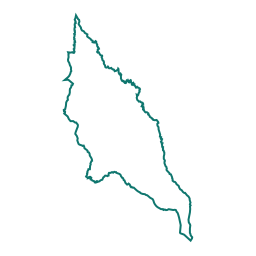 Ramapepe, Leribe, Lesotho (Robinson projection)
{"feature_id": "5366337B9822317619474", "entity_name": "Ramapepe", "entity_type": "district", "adm_level": 2, "iso_a3": "LSO", "parent_name": "Lesotho", "parent_adm1": "Leribe", "projection": "robinson", "projection_center": [28.135, -29.017], "detail": "fine", "context": "isolated", "style": "outline", "palette": "teal", "viewbox_px": 256, "rotation_deg": 0, "n_neighbors": 0, "source": "geoboundaries", "source_scale": "gbopen_adm2", "svg_char_len": 5702}
<svg xmlns="http://www.w3.org/2000/svg" viewBox="0 0 256 256"><path d="M192.2,237.2L191.3,236.2L190.5,234.9L190.5,234.1L189.9,232.9L189.9,228.5L190.3,225.3L190.0,224.4L188.8,222.4L188.5,219.7L189.9,212.5L190.2,208.9L190.0,206.4L190.6,205.3L189.9,204.6L190.2,203.2L190.5,202.7L189.7,200.0L189.6,198.4L188.5,196.5L187.0,195.3L185.1,192.9L184.5,193.0L183.9,192.7L182.9,191.9L181.7,190.2L180.2,189.3L179.3,187.8L178.6,185.8L176.5,184.2L176.3,183.5L175.4,182.3L174.9,181.9L173.8,181.7L172.6,180.7L172.6,179.0L172.2,178.5L172.1,177.3L170.9,174.4L169.6,174.0L169.5,173.2L166.8,170.4L166.5,169.8L166.8,168.5L166.6,168.1L166.4,167.0L165.6,166.2L164.5,163.3L164.5,161.8L164.9,161.0L164.8,160.4L163.8,158.8L163.8,156.5L164.3,154.3L164.3,152.3L163.9,151.8L163.6,150.5L163.0,150.2L162.9,148.7L163.1,148.1L162.5,147.4L162.9,146.9L162.1,146.2L162.1,145.0L161.9,144.5L162.5,143.2L161.4,142.8L161.0,141.7L161.5,141.3L161.7,139.9L162.1,139.1L161.8,138.8L161.0,139.0L160.7,138.4L161.1,137.1L159.9,136.6L160.2,134.7L158.6,129.5L158.5,127.2L157.5,125.7L157.4,124.9L157.3,123.9L157.7,123.3L158.4,122.9L158.2,122.0L156.6,120.0L154.8,120.2L153.2,119.9L153.0,119.2L152.6,119.1L152.1,118.4L151.7,118.4L151.4,117.8L149.8,116.8L149.6,115.9L148.9,114.9L148.4,114.8L148.1,114.4L148.4,113.4L147.0,112.3L146.5,112.2L145.6,112.4L144.9,111.8L143.9,110.3L143.0,109.5L143.0,109.2L143.7,108.9L143.5,108.4L143.6,107.2L143.3,106.7L142.6,107.1L142.3,106.7L142.6,106.3L141.7,106.2L142.3,104.8L143.2,104.1L143.1,103.7L142.4,103.8L142.4,102.7L140.7,102.1L140.3,101.5L138.9,101.6L138.5,100.8L137.7,100.4L137.2,99.7L136.7,97.7L137.1,96.7L136.8,94.9L137.7,95.5L138.3,94.8L138.5,93.4L139.4,92.2L139.6,91.5L139.4,91.3L139.6,90.6L139.3,90.1L140.0,89.2L139.7,88.5L138.3,87.6L137.6,87.5L137.2,87.0L136.7,87.6L135.9,87.6L135.3,86.1L134.3,85.4L134.4,84.5L133.6,84.6L133.9,83.9L133.4,83.0L132.5,84.1L132.6,84.6L132.2,84.9L131.9,84.7L131.7,83.6L132.1,83.0L131.1,82.3L130.8,80.2L130.6,80.1L129.4,81.6L129.5,81.9L129.9,81.9L129.6,82.3L128.8,82.2L128.7,81.9L128.9,81.7L128.7,80.8L128.2,80.8L127.9,80.2L127.7,80.5L128.0,81.3L126.7,80.5L126.2,81.9L125.4,81.7L125.4,82.1L126.0,82.8L125.7,83.1L124.9,83.0L124.0,82.0L123.5,81.0L122.9,80.7L122.5,81.1L122.1,80.9L121.8,80.5L120.9,78.4L121.0,77.1L120.8,76.1L121.3,74.8L120.4,73.4L120.1,73.5L119.5,74.3L119.3,74.1L119.2,73.6L118.7,72.8L118.5,69.5L118.4,68.8L118.2,68.6L117.9,70.0L116.7,70.3L116.4,70.7L114.7,71.2L113.9,69.6L113.5,69.4L113.0,69.5L112.1,69.0L111.3,67.9L110.0,68.3L109.0,68.2L108.3,67.6L108.2,66.8L108.0,66.6L107.7,67.1L106.4,67.6L105.7,67.4L105.3,67.0L105.0,65.4L104.0,64.0L103.8,63.5L104.0,62.2L103.6,61.6L103.7,61.2L102.3,59.8L102.3,58.8L101.6,57.2L102.2,56.1L102.1,55.6L100.5,55.2L99.6,53.9L98.9,52.4L97.7,52.6L97.1,51.9L97.8,50.9L97.7,49.8L99.0,48.8L98.6,47.9L97.9,47.6L97.9,46.8L97.3,46.3L97.1,45.2L97.2,44.5L96.3,43.3L96.2,41.6L95.5,41.1L94.2,42.6L92.6,42.2L92.8,41.3L92.6,40.7L91.5,40.3L90.6,39.0L87.4,36.7L87.1,36.1L87.4,34.4L84.7,32.8L84.2,31.7L83.8,31.3L81.9,30.4L81.0,28.5L80.9,27.5L78.7,24.3L78.7,23.5L79.4,21.7L79.1,19.9L78.1,19.1L76.0,15.4L75.4,18.2L74.7,19.7L75.6,21.5L75.2,22.2L75.8,23.0L74.7,24.1L74.7,25.3L75.0,26.1L74.8,26.9L75.1,27.3L74.6,27.9L74.4,29.3L74.8,30.4L74.6,30.7L74.8,30.9L74.7,31.4L75.0,31.9L74.9,33.1L74.2,33.8L74.7,34.5L74.4,34.7L74.6,35.3L74.5,36.3L74.0,37.9L74.6,38.9L74.2,39.5L75.0,41.0L74.5,41.7L74.5,42.1L75.0,41.7L75.2,42.1L74.5,42.9L74.7,44.4L73.7,45.1L74.0,45.6L74.6,45.7L74.4,48.2L73.9,48.8L74.3,49.0L74.0,50.2L74.5,51.5L73.9,52.0L74.2,52.6L73.9,52.9L73.1,52.8L72.4,52.2L70.6,52.6L68.1,52.3L68.7,54.0L68.4,54.6L68.6,57.1L68.0,59.6L68.2,61.2L69.2,62.8L70.0,65.5L70.6,66.4L71.1,68.0L70.9,69.1L71.3,71.1L70.8,71.7L70.3,73.6L69.2,75.9L67.8,77.4L64.7,80.0L67.7,79.7L68.6,80.0L73.0,83.7L72.4,85.1L71.4,85.4L71.4,86.3L70.9,87.6L70.0,88.8L69.8,90.1L69.8,92.6L69.3,94.8L68.6,95.4L67.7,97.0L67.6,98.0L67.9,99.9L67.0,100.8L66.2,102.4L65.9,105.9L65.2,109.1L63.8,109.9L64.0,111.3L64.8,111.2L65.1,111.8L64.9,113.0L64.3,113.6L67.7,116.5L68.8,119.0L70.5,121.1L73.2,121.1L75.0,122.5L76.3,122.6L76.6,123.3L77.7,124.5L77.9,125.3L77.7,127.0L77.3,127.8L75.6,132.3L75.3,133.9L76.8,136.0L77.7,138.4L77.3,140.4L78.5,143.8L79.4,144.6L82.1,145.5L82.5,145.9L83.7,145.6L84.2,146.7L84.5,148.3L86.8,150.0L87.5,150.7L87.6,151.8L88.1,152.2L88.8,152.4L89.1,152.8L89.6,153.9L89.8,155.6L91.3,158.0L91.9,159.4L92.1,160.8L91.4,161.2L90.4,163.6L90.7,164.3L90.1,165.9L89.9,169.2L88.4,169.2L88.2,170.1L87.5,171.3L87.3,172.1L87.5,172.8L87.0,173.4L87.2,174.2L87.0,174.9L86.1,176.6L87.4,177.5L88.3,177.3L88.0,178.2L88.9,178.0L89.7,176.9L90.4,176.9L91.3,177.8L90.5,179.3L90.6,179.5L91.6,179.7L92.2,180.5L94.4,181.3L94.7,182.4L95.6,182.6L96.5,182.3L96.1,181.7L96.8,181.1L97.4,181.2L97.9,181.8L98.2,181.7L99.5,181.3L100.5,180.3L102.3,179.7L103.3,177.4L104.3,176.7L104.5,176.3L105.2,175.6L106.7,175.8L107.6,176.1L108.0,175.6L108.6,175.5L108.6,173.8L109.0,172.9L110.6,172.9L111.7,172.2L112.5,172.2L113.1,172.7L114.1,171.9L114.8,171.9L115.5,172.3L116.1,172.2L116.4,172.8L117.1,173.1L119.4,173.9L120.5,174.8L121.1,176.4L121.7,177.0L122.0,177.7L123.1,178.2L123.7,180.1L124.5,180.4L125.4,182.8L127.1,184.6L127.7,184.5L128.6,183.6L129.7,184.5L130.6,186.7L131.1,187.2L131.7,186.9L132.4,187.6L133.7,187.6L136.7,190.4L138.5,191.7L139.9,192.3L140.5,193.1L142.5,193.9L144.9,194.2L146.0,195.0L147.3,195.3L150.2,197.8L152.6,199.1L153.3,200.3L154.1,202.8L154.9,204.3L156.3,206.1L157.6,207.2L161.0,209.1L162.9,209.1L163.0,209.6L163.6,210.0L164.9,209.5L165.9,210.1L167.1,210.0L168.7,209.2L173.2,210.0L174.8,209.8L175.8,210.0L176.7,211.9L177.4,212.5L178.1,214.2L179.1,217.7L180.7,225.2L180.0,232.6L180.4,233.3L183.8,234.5L184.6,235.1L190.6,240.6L192.0,238.4L192.2,237.2Z" fill="none" stroke="#0f766e" stroke-width="2"/></svg>